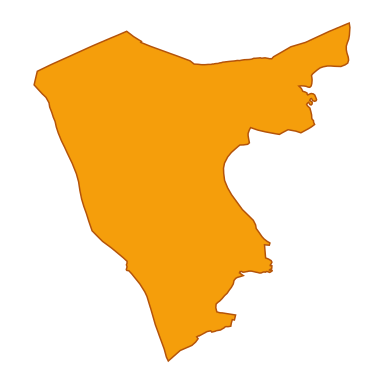 Nanchital de Lázaro Cárdenas del Río, Veracruz, Mexico, rotated 90°
{"feature_id": "50627088B93605390589643", "entity_name": "Nanchital de Lázaro Cárdenas del Río", "entity_type": "district", "adm_level": 2, "iso_a3": "MEX", "parent_name": "Mexico", "parent_adm1": "Veracruz", "projection": "robinson", "projection_center": [-94.39, 18.066], "detail": "fine", "context": "isolated", "style": "filled", "palette": "amber", "viewbox_px": 384, "rotation_deg": 90, "n_neighbors": 0, "source": "geoboundaries", "source_scale": "gbopen_adm2", "svg_char_len": 4652}
<svg xmlns="http://www.w3.org/2000/svg" viewBox="0 0 384 384"><g transform="rotate(90 192 192)"><path d="M23.0,34.8L31.4,54.8L42.4,78.5L46.8,93.2L51.4,101.1L56.8,110.5L58.8,112.3L58.7,113.1L58.7,113.8L58.7,114.8L58.4,115.7L58.2,117.1L57.9,118.4L57.9,119.1L57.9,119.9L58.1,121.2L58.2,122.5L57.8,123.8L58.0,125.2L58.1,126.7L58.3,128.7L58.3,130.2L59.2,132.5L59.5,134.9L59.6,136.9L59.7,139.4L59.9,140.8L60.1,142.1L60.6,144.5L60.5,145.8L60.5,147.0L60.8,148.5L61.0,150.2L61.4,154.6L61.6,156.3L61.7,156.9L61.8,158.2L62.0,159.3L62.1,160.5L62.2,161.3L62.3,161.6L62.4,161.8L62.4,162.0L62.5,162.2L62.7,162.7L62.8,163.5L62.9,164.3L63.2,165.1L63.4,166.0L63.5,166.6L63.5,167.4L63.6,168.5L63.8,169.8L64.1,170.6L64.0,171.7L64.4,172.8L64.4,173.8L64.4,175.7L64.6,177.9L64.7,179.2L64.7,180.5L64.7,181.5L64.7,182.1L64.6,183.3L64.4,184.8L64.3,185.8L64.2,187.3L64.1,189.8L60.8,194.0L56.0,206.8L53.6,213.5L49.7,224.2L46.4,233.3L42.4,243.2L41.5,242.5L36.6,250.4L31.3,257.3L36.4,269.2L38.4,274.1L38.6,274.4L39.1,275.7L42.1,282.7L44.8,289.0L45.9,291.5L48.4,297.1L49.6,299.7L52.9,307.0L53.3,307.9L57.4,316.9L57.7,317.6L64.5,332.7L70.6,345.3L71.3,346.7L78.0,348.3L84.9,349.9L89.1,346.1L94.2,341.4L94.8,340.7L97.4,338.0L102.8,335.0L107.1,334.3L112.5,332.2L117.2,330.7L121.5,328.9L127.0,327.7L133.1,325.7L137.0,324.1L140.7,322.6L145.6,320.2L145.9,320.1L146.1,319.9L147.4,319.3L153.5,316.5L163.3,311.8L173.8,307.6L180.4,305.8L181.8,305.4L190.5,304.1L191.0,304.0L198.9,302.4L206.3,300.2L212.1,298.1L213.2,297.7L220.6,295.4L226.5,293.4L230.8,291.9L235.4,287.4L237.9,284.9L241.4,281.4L247.9,272.6L248.4,272.0L257.6,260.9L261.3,256.9L263.4,257.0L264.8,257.6L266.9,256.9L269.4,257.7L269.7,257.7L270.4,257.2L270.8,255.1L273.8,252.3L276.8,249.9L284.0,244.1L291.8,239.2L296.5,237.0L307.4,233.7L307.5,233.6L315.8,231.2L324.9,228.6L332.5,225.8L335.4,224.8L349.0,219.8L357.1,217.6L361.0,215.7L350.5,203.8L345.4,192.1L342.1,188.4L338.7,185.9L336.8,187.3L335.6,185.0L335.9,184.8L331.6,177.0L330.8,173.3L332.1,172.2L331.3,168.9L330.7,167.6L330.0,163.5L328.6,161.2L328.1,160.2L327.1,159.1L326.7,158.5L326.6,157.3L326.7,156.1L326.4,154.3L326.2,153.2L323.2,152.7L319.6,151.7L320.0,149.6L315.0,148.4L312.9,161.7L312.8,163.8L312.4,165.5L311.8,167.2L307.7,168.2L304.1,167.9L302.4,166.2L301.0,164.3L298.6,161.9L297.5,161.0L295.6,159.4L293.2,156.8L290.2,154.8L287.3,152.6L284.1,150.8L283.0,150.5L280.5,150.0L278.4,148.3L277.4,146.6L276.6,143.8L275.6,140.7L272.9,144.5L272.6,144.2L271.8,144.0L272.0,143.7L271.7,143.3L271.5,143.1L271.4,142.8L271.5,142.5L271.6,142.1L272.2,141.1L272.2,140.9L272.1,139.9L271.9,138.7L271.7,137.8L271.5,136.5L271.2,135.4L271.1,134.9L271.1,134.5L271.1,132.7L271.5,130.8L272.2,127.9L272.5,126.3L272.8,125.2L273.0,124.4L273.0,123.7L273.0,123.1L272.8,122.5L272.3,121.4L272.1,120.7L271.9,120.1L272.0,119.5L272.1,119.2L272.2,118.9L272.1,118.3L271.7,118.0L271.5,117.7L271.6,117.1L271.7,116.2L272.1,115.2L272.4,114.6L272.1,113.6L270.8,111.8L270.3,112.0L270.2,113.0L270.1,113.6L270.1,114.3L270.0,114.5L269.6,114.1L269.3,113.7L269.1,113.1L268.7,112.5L268.1,112.2L266.5,112.2L265.9,112.0L265.7,112.3L265.7,113.2L265.7,113.7L265.4,113.8L265.1,113.7L264.7,113.6L264.4,113.3L263.7,112.8L262.7,112.3L262.3,112.1L262.1,112.1L260.6,112.9L259.0,115.6L257.9,118.4L244.8,119.5L245.2,114.7L243.1,114.1L242.9,114.1L241.4,116.8L239.0,119.9L236.7,122.0L231.1,125.9L228.5,127.8L224.9,128.4L221.1,130.3L220.3,130.7L213.0,138.1L209.6,141.6L194.8,152.4L194.1,152.8L187.8,156.4L180.5,159.4L173.5,160.3L168.2,160.5L163.1,159.5L156.9,156.3L152.4,152.6L148.9,148.7L146.2,145.6L145.0,144.0L144.9,140.6L144.3,136.3L142.8,134.6L139.7,135.2L135.7,135.9L133.4,135.9L130.0,134.7L127.6,133.4L130.1,126.1L131.9,118.4L133.7,108.8L134.4,104.6L132.5,101.3L129.7,96.0L131.1,88.3L132.8,83.1L128.8,75.7L126.9,72.6L125.5,70.7L124.5,69.4L122.3,70.4L120.7,70.5L119.3,71.7L118.6,72.2L114.9,72.4L111.4,73.2L110.0,73.6L108.1,74.1L106.0,76.4L104.4,77.4L103.5,76.8L103.0,76.4L102.3,75.4L104.5,74.1L105.0,73.0L104.2,72.0L102.8,71.7L101.8,72.2L101.1,73.3L100.6,74.2L99.5,73.9L98.7,73.4L98.5,72.5L100.6,71.2L101.3,69.4L100.8,68.0L100.5,67.8L99.7,67.4L97.7,68.1L95.4,69.1L95.1,69.2L93.9,70.7L93.5,72.8L94.0,74.3L94.9,76.2L94.3,76.8L93.0,77.0L92.0,78.9L91.3,81.2L88.4,82.7L86.1,85.1L85.8,82.8L86.0,79.9L86.3,77.9L87.1,75.9L87.3,74.2L87.2,74.1L85.9,72.8L83.5,72.2L81.3,72.0L79.9,71.9L77.8,72.1L75.5,72.5L74.0,71.5L72.3,69.6L70.8,67.8L69.8,66.6L68.1,64.2L67.9,63.9L66.8,60.8L66.0,56.6L66.0,53.0L66.3,49.1L66.5,43.1L64.8,38.8L63.1,36.3L61.1,35.7L60.2,35.4L58.2,35.6L57.0,35.8L52.9,37.1L51.9,37.3L49.7,37.7L46.1,37.7L42.2,36.5L42.1,36.4L39.1,35.3L35.1,34.6L27.5,34.1L23.0,34.8Z" fill="#f59e0b" stroke="#b45309" stroke-width="1.5"/></g></svg>